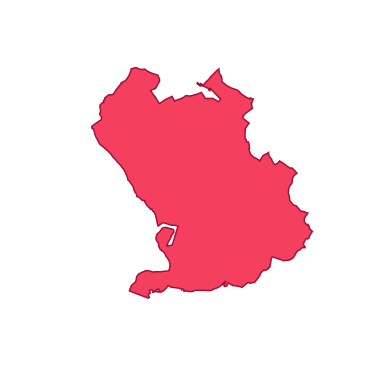 the district of Caianu, Cluj, Romania, rotated 124°
{"feature_id": "2599482B32459864581078", "entity_name": "Caianu", "entity_type": "district", "adm_level": 2, "iso_a3": "ROU", "parent_name": "Romania", "parent_adm1": "Cluj", "projection": "albers", "projection_center": [23.923, 46.814], "detail": "fine", "context": "isolated", "style": "filled", "palette": "rose", "viewbox_px": 384, "rotation_deg": 124, "n_neighbors": 0, "source": "geoboundaries", "source_scale": "gbopen_adm2", "svg_char_len": 6007}
<svg xmlns="http://www.w3.org/2000/svg" viewBox="0 0 384 384"><g transform="rotate(124 192 192)"><path d="M228.4,221.7L229.2,217.6L229.6,216.6L228.6,215.9L229.7,213.9L230.1,211.4L232.1,208.7L237.0,203.6L238.8,201.6L239.1,201.0L234.4,199.3L233.4,198.5L232.4,195.3L231.3,191.2L230.7,189.9L230.1,189.2L229.4,188.1L228.1,184.5L230.9,183.7L246.9,178.7L249.1,180.8L250.9,182.7L247.2,183.6L242.3,183.9L239.8,184.6L237.9,184.6L235.8,184.4L233.7,185.9L233.6,186.7L233.9,188.3L234.8,190.1L235.3,192.2L236.1,194.1L237.8,196.0L239.3,196.5L240.9,196.4L243.1,196.6L246.5,197.4L247.0,197.4L247.5,197.0L249.3,196.6L250.4,196.1L251.5,195.1L252.6,193.0L253.2,191.1L253.9,190.7L255.6,189.2L256.4,188.1L257.5,185.8L257.3,185.2L257.6,184.0L257.5,183.8L257.5,182.9L258.1,180.2L259.8,177.6L260.1,176.8L260.3,175.8L261.3,173.5L262.2,172.1L263.8,170.4L265.7,168.8L268.4,167.7L270.2,167.3L271.6,168.3L272.9,170.4L275.7,173.4L277.8,176.8L280.2,179.6L280.4,180.2L280.8,182.0L282.4,185.5L283.7,186.8L287.6,189.2L289.9,190.4L291.3,190.5L293.3,190.4L297.5,188.6L299.3,188.9L303.2,189.9L306.9,189.2L309.0,188.6L307.7,182.7L304.4,168.8L303.0,168.5L302.1,170.3L301.4,170.9L299.1,170.0L297.2,172.4L295.5,170.4L295.9,169.6L297.1,168.4L297.0,168.1L295.5,167.1L294.8,167.6L294.5,167.2L294.4,166.6L294.1,166.3L293.6,166.7L293.4,166.5L292.9,166.7L291.7,166.0L291.1,165.4L291.2,165.1L292.1,163.4L293.9,165.0L294.2,165.2L294.4,165.0L292.1,161.5L290.0,160.4L285.7,159.5L283.5,159.6L282.8,158.8L282.6,158.7L282.8,157.2L282.5,155.9L278.9,148.8L278.9,148.2L277.9,145.8L278.7,145.6L277.5,144.6L278.6,143.4L278.3,143.2L278.6,142.9L277.4,141.8L276.5,139.5L274.5,136.2L271.8,134.3L271.0,133.3L266.5,126.5L264.4,122.9L262.6,120.9L260.9,120.0L257.0,117.3L255.1,116.3L253.1,115.5L250.4,115.1L247.5,114.4L247.5,114.2L246.7,113.8L248.9,113.9L250.3,113.6L251.3,113.8L251.9,112.8L252.1,112.2L251.5,111.5L251.5,111.3L250.7,110.8L250.1,110.8L250.0,110.6L247.1,111.1L246.7,106.8L246.9,106.5L246.9,105.9L246.4,105.8L246.0,104.5L244.1,100.4L243.3,98.3L243.2,97.3L243.1,97.2L235.5,95.0L235.3,93.8L235.4,93.0L233.5,91.3L233.2,91.1L232.4,90.0L231.4,89.5L229.3,89.4L228.6,89.2L227.7,89.4L226.7,89.1L223.9,89.0L222.5,89.3L222.0,89.2L220.6,89.7L220.0,89.6L217.0,88.9L216.2,87.7L215.4,87.0L212.9,85.8L212.2,85.9L210.6,85.5L203.3,88.8L201.2,89.2L200.7,88.7L200.1,87.0L199.5,84.0L198.5,81.5L198.5,80.7L198.2,79.9L198.0,78.3L197.3,77.1L196.3,76.1L194.9,74.3L193.6,72.9L191.2,71.8L189.1,71.2L183.7,71.7L181.9,71.5L179.2,70.0L178.1,69.9L176.7,69.5L175.9,68.7L174.9,67.1L174.2,67.6L173.8,69.5L173.5,69.8L172.7,70.5L170.8,71.0L167.6,71.4L166.3,70.5L166.4,70.2L165.7,69.6L164.5,69.3L162.8,70.0L161.0,70.0L159.3,70.2L157.2,70.1L157.3,71.4L156.6,73.8L156.2,74.8L154.8,75.9L154.3,76.8L154.2,78.0L154.3,78.3L154.9,78.2L154.8,78.7L154.9,79.6L153.7,82.3L151.7,83.7L150.2,84.1L147.3,84.2L146.0,84.0L144.7,84.2L145.3,86.1L145.6,88.0L146.3,89.9L147.0,90.5L146.6,92.8L145.2,97.7L145.4,98.8L146.0,100.0L145.7,101.8L144.8,105.1L144.3,106.3L141.3,108.8L138.9,111.7L134.8,113.8L131.8,114.3L129.9,114.1L128.7,114.1L126.6,115.3L123.9,116.5L121.3,116.5L118.9,115.9L117.8,115.4L116.7,119.0L116.2,122.8L117.3,123.9L117.4,124.5L117.3,126.4L117.5,127.3L117.1,130.8L117.3,136.8L120.4,137.2L122.6,138.2L122.8,138.8L122.4,141.0L121.3,143.1L120.5,144.0L119.0,148.2L118.5,149.0L116.4,150.6L118.1,151.2L118.5,151.7L119.3,152.0L121.9,153.5L129.3,153.2L128.8,153.3L128.1,154.1L128.2,156.8L128.6,160.3L128.4,162.3L127.9,164.5L124.6,169.1L123.8,168.5L122.6,169.7L120.7,171.2L119.2,172.9L119.0,173.2L120.0,174.1L117.1,178.4L115.8,179.6L109.6,183.2L104.8,183.3L102.9,183.2L102.4,191.4L101.8,191.6L99.1,192.0L95.9,191.2L88.9,188.7L85.5,192.3L85.3,192.8L84.5,192.6L84.6,192.3L80.6,193.2L81.4,195.3L81.5,195.6L81.3,195.7L81.6,196.4L82.6,196.1L83.0,199.0L83.2,199.6L83.1,203.9L83.4,204.5L83.0,205.7L82.9,207.8L82.3,208.3L82.2,210.7L82.3,212.3L82.8,213.7L83.9,218.1L84.4,221.9L83.9,227.8L83.5,229.2L81.7,230.3L79.4,232.7L78.7,235.1L75.0,238.6L75.9,238.7L76.3,239.0L76.7,239.1L86.5,241.0L87.4,240.9L91.1,241.5L91.9,241.8L95.2,242.2L97.0,242.6L97.3,245.7L98.7,246.0L98.3,248.6L99.1,248.6L99.6,245.8L99.5,244.4L98.9,244.4L97.7,241.4L97.4,238.6L96.9,235.6L98.0,235.2L98.0,233.8L95.9,234.5L98.5,222.8L98.7,221.5L98.6,220.3L102.3,220.3L102.8,227.2L107.0,233.1L104.2,239.9L108.5,242.8L110.7,244.8L112.6,246.2L112.7,246.6L113.5,247.3L114.4,248.6L114.7,250.0L116.2,251.3L117.5,251.6L119.3,252.5L121.1,253.6L125.0,256.6L126.4,257.1L124.8,260.4L123.9,262.0L130.7,266.0L134.9,267.6L137.0,268.7L135.7,271.3L135.1,273.0L134.4,274.0L133.9,275.2L133.9,275.5L133.3,276.8L133.2,278.1L132.4,279.7L131.2,282.7L131.0,283.1L130.3,282.9L128.1,281.1L126.6,280.1L118.5,280.9L117.7,281.2L116.6,282.1L114.4,285.4L114.3,285.9L114.9,287.8L116.2,292.5L116.2,292.8L116.6,295.3L116.7,299.2L116.4,299.5L116.9,300.4L117.9,301.2L119.0,303.0L119.6,304.8L119.8,306.0L119.9,307.1L120.2,308.0L123.2,310.7L124.1,310.8L124.0,311.2L125.3,310.6L130.7,309.3L135.6,309.3L137.1,309.6L138.4,310.3L139.2,311.0L141.0,311.4L141.5,311.8L141.8,311.5L141.7,311.1L143.0,311.5L149.2,312.0L155.0,312.0L155.9,312.6L158.1,315.4L161.1,316.4L162.1,316.6L162.5,316.9L163.4,316.4L164.2,316.2L165.9,316.5L166.9,315.3L168.1,316.2L171.6,316.9L172.4,316.1L173.4,315.6L174.3,314.5L176.2,313.0L177.0,312.6L178.9,312.4L180.1,310.4L180.4,309.5L180.8,308.6L182.3,307.8L183.6,307.8L184.9,308.7L186.3,308.8L186.9,309.2L187.4,309.6L193.3,311.7L194.0,311.4L194.4,311.4L195.3,310.2L194.8,308.9L196.8,306.5L197.4,306.0L200.0,302.7L200.9,300.8L203.8,295.5L204.0,294.7L204.3,290.6L205.1,284.4L206.0,280.2L207.1,277.5L207.7,274.4L208.9,270.4L209.8,266.4L211.4,261.5L213.0,258.2L214.5,256.0L216.0,253.7L217.5,252.2L218.0,251.4L218.1,251.0L218.0,249.9L219.2,247.6L219.6,245.6L219.9,245.0L221.1,243.0L223.0,241.0L223.4,240.1L224.0,239.6L224.1,238.4L225.0,236.7L225.4,236.1L226.5,235.4L226.6,234.8L226.0,233.5L226.3,231.1L226.6,230.2L226.8,228.8L226.7,228.3L226.2,227.8L225.6,226.6L226.1,226.7L226.4,225.9L226.7,225.7L227.5,223.6L228.4,221.7Z" fill="#f43f5e" stroke="#9f1239" stroke-width="1.5"/></g></svg>